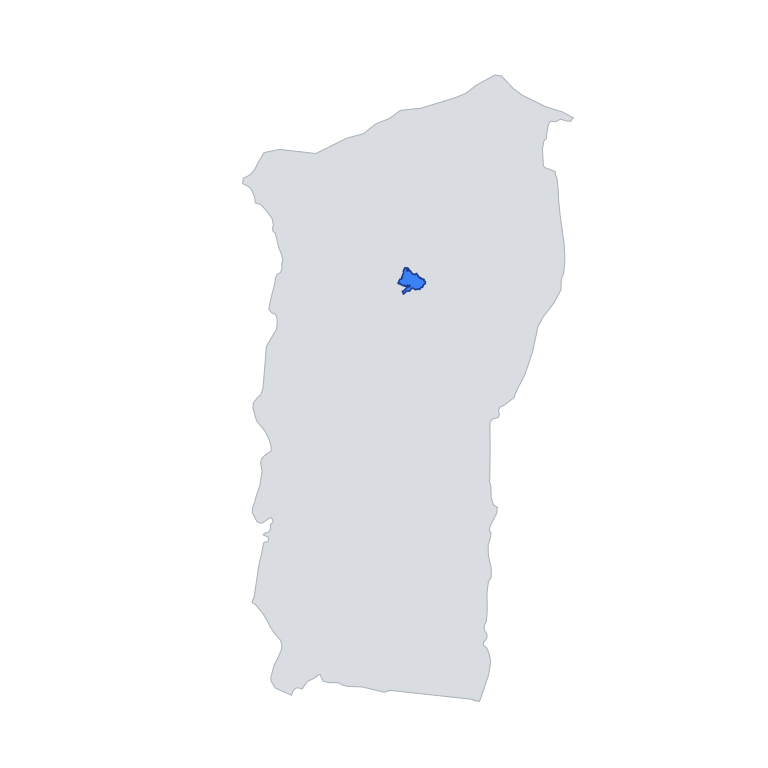 Sekyere Kumawu, Ashanti, Ghana (highlighted), rotated 187°
{"feature_id": "2480657B32008532681061", "entity_name": "Sekyere Kumawu", "entity_type": "district", "adm_level": 2, "iso_a3": "GHA", "parent_name": "Ghana", "parent_adm1": "Ashanti", "projection": "equal_earth", "projection_center": [-1.235, 6.909], "detail": "fine", "context": "in_parent", "style": "filled", "palette": "blue", "viewbox_px": 768, "rotation_deg": 187, "n_neighbors": 0, "source": "geoboundaries", "source_scale": "gbopen_adm2", "svg_char_len": 7089}
<svg xmlns="http://www.w3.org/2000/svg" viewBox="0 0 768 768"><g transform="rotate(187 384 384)"><path d="M454.8,68.9L459.6,74.9L460.6,78.3L458.9,91.2L455.5,100.3L453.3,108.7L453.6,113.0L455.7,117.2L462.9,123.8L466.6,128.1L471.0,134.7L476.0,141.1L484.6,149.4L488.2,150.9L488.1,153.3L486.9,156.5L486.2,187.5L485.5,195.5L484.9,199.6L484.1,211.2L483.2,212.9L481.6,212.7L480.1,213.2L479.7,215.5L480.3,217.9L485.5,219.5L484.4,221.3L480.5,222.9L478.8,226.4L479.6,230.4L477.4,233.6L478.0,235.7L479.4,237.3L481.6,236.7L487.6,231.4L490.2,230.8L493.3,231.9L499.1,240.1L499.4,244.1L497.0,257.8L494.8,268.3L494.4,282.4L496.8,290.4L496.5,294.7L493.8,298.5L487.9,303.9L488.3,307.6L491.1,314.6L496.1,322.3L506.0,331.9L511.2,344.3L511.4,349.4L508.3,354.5L504.8,358.9L503.6,365.2L505.3,407.0L497.5,425.1L497.4,430.3L498.2,436.3L500.3,440.0L504.3,441.0L507.6,444.5L506.4,457.2L504.7,470.2L504.5,476.5L503.5,479.5L500.4,481.9L499.3,486.0L500.1,491.1L499.5,494.8L501.2,499.7L504.7,505.7L510.5,520.7L512.7,521.9L513.7,525.0L513.1,528.1L515.3,534.7L521.7,541.4L528.3,547.2L533.8,548.0L535.0,553.2L538.6,559.8L541.2,562.7L545.3,564.5L548.7,565.6L548.8,571.1L542.8,574.9L538.7,580.7L535.5,589.5L531.2,599.1L516.3,604.1L510.5,604.2L479.8,604.4L451.1,623.4L434.6,630.1L424.4,640.8L410.7,648.4L401.1,657.6L381.3,662.1L348.7,676.6L338.5,682.3L328.2,692.4L311.5,704.2L304.9,704.1L291.7,693.0L281.9,687.5L257.7,679.0L239.7,675.7L231.0,672.1L228.6,671.5L230.7,667.5L235.7,667.3L241.0,668.5L245.0,665.4L250.9,665.0L252.4,661.9L252.9,653.9L252.8,647.5L254.9,644.6L255.4,637.0L252.5,620.2L250.5,618.3L240.0,615.9L239.2,612.5L237.3,609.0L235.3,600.4L233.0,587.5L229.4,571.5L222.3,545.2L220.6,535.9L219.4,526.4L219.2,515.1L220.6,510.9L220.4,505.0L219.8,499.2L224.8,485.8L234.6,469.4L236.6,463.5L238.4,459.4L238.7,453.5L240.4,434.4L245.1,411.3L248.1,402.6L250.1,397.9L252.5,390.2L253.1,386.6L262.1,377.6L266.2,375.1L267.1,371.6L265.7,367.7L266.3,365.1L268.5,363.7L271.8,362.6L274.2,358.9L270.5,330.5L267.4,302.2L267.3,299.8L265.5,295.9L263.7,284.2L260.7,277.3L256.4,275.3L256.5,268.9L260.7,258.0L261.9,251.6L259.8,249.7L259.5,244.8L261.0,236.7L260.3,231.8L259.5,226.5L255.1,214.2L254.0,205.4L256.3,200.3L256.3,189.1L253.9,171.8L253.5,160.8L255.2,156.3L254.4,152.0L251.2,147.9L251.0,143.9L253.7,140.0L253.4,136.9L250.0,134.7L246.9,129.4L244.2,121.0L244.8,107.5L250.0,82.6L250.6,80.6L256.4,80.7L256.4,81.8L274.3,81.5L294.8,81.3L319.3,80.9L341.6,80.6L342.6,79.5L346.3,78.1L368.8,80.7L382.8,79.4L388.8,80.2L393.1,81.9L402.9,80.9L408.1,81.5L412.0,87.7L413.5,87.6L415.7,85.0L419.6,82.0L423.6,79.6L426.4,74.8L428.1,71.1L430.7,71.9L434.3,71.6L436.8,68.6L437.8,63.8L454.8,68.9Z" fill="#d9dde1" stroke="#a8b0b8" stroke-width="1"/><path d="M355.3,490.0L355.6,490.2L355.7,490.4L355.7,490.7L355.8,490.8L356.1,491.2L356.5,491.1L356.8,491.1L357.0,491.2L357.0,491.7L357.2,492.0L357.2,492.4L357.0,492.6L357.2,492.8L357.4,492.9L357.6,492.9L357.9,492.8L358.3,492.9L358.9,492.9L359.0,492.9L359.4,492.9L359.4,493.0L359.8,493.2L359.8,493.3L359.8,493.5L360.1,493.8L360.3,493.9L360.3,493.7L360.5,493.5L360.9,493.3L361.1,493.4L361.3,493.4L361.4,493.5L361.6,493.8L361.8,494.1L362.0,494.4L362.4,494.5L362.7,494.7L362.8,494.8L362.9,495.1L363.2,495.4L363.3,495.8L363.7,496.0L363.7,495.9L363.9,496.2L364.0,496.4L364.3,496.6L364.5,496.8L364.9,497.2L364.9,497.5L365.0,497.6L365.4,497.7L365.5,497.6L365.7,497.4L365.9,496.8L366.1,496.8L366.1,496.7L366.5,496.9L366.8,496.8L367.3,496.4L367.7,496.2L367.9,496.3L368.2,496.3L368.4,496.4L368.6,496.8L369.1,496.8L369.4,496.9L369.4,497.0L369.5,497.1L369.6,497.5L370.2,497.7L370.3,497.8L370.4,498.0L370.5,498.2L370.7,498.5L371.0,498.9L371.4,499.4L371.6,499.6L371.8,499.7L372.0,499.7L372.3,499.4L372.4,499.5L372.7,499.4L372.9,499.4L373.0,499.5L372.9,499.6L372.8,499.8L372.8,500.0L373.1,500.1L373.2,500.3L373.8,500.4L374.0,500.2L374.2,499.8L374.5,499.5L374.4,499.2L374.5,499.1L374.8,499.0L375.0,499.1L375.1,499.3L374.9,499.7L375.1,499.9L375.1,500.1L374.6,500.3L374.3,500.4L374.2,500.6L373.5,500.8L373.4,501.1L373.6,501.5L373.8,501.6L374.0,501.5L374.6,502.0L374.8,502.2L375.1,502.0L375.3,501.9L375.5,501.8L375.7,501.6L375.9,501.8L376.3,502.0L376.7,502.0L376.7,501.8L377.0,501.8L377.3,502.0L377.5,501.8L377.6,501.2L377.6,500.9L377.8,500.8L377.8,500.6L378.0,500.5L378.0,500.3L378.1,500.2L378.3,499.9L378.3,499.7L378.3,499.1L378.3,498.8L378.4,498.6L378.5,498.5L378.6,498.2L378.3,497.9L378.2,497.8L378.2,497.7L378.2,497.2L378.1,496.7L378.3,496.1L378.2,495.8L378.2,495.7L378.5,495.1L378.7,494.9L378.8,494.9L378.9,494.2L378.8,493.9L378.9,493.4L379.3,492.7L379.5,492.4L379.3,492.2L379.2,492.2L379.0,491.8L378.8,491.7L378.9,491.4L379.3,491.0L379.4,490.6L379.4,490.4L379.5,490.3L379.5,490.1L379.8,490.1L380.0,490.2L380.3,490.2L380.5,490.2L381.0,489.9L381.1,489.7L381.2,489.4L381.3,489.1L381.4,488.8L381.4,488.6L381.5,488.4L381.7,488.2L381.7,487.9L381.4,487.7L381.5,487.5L381.7,487.1L381.9,487.0L381.9,486.9L382.1,486.7L382.1,486.4L382.2,486.2L382.3,486.2L382.4,485.7L382.1,485.5L381.8,485.5L381.7,485.4L381.4,485.3L381.0,485.1L380.7,485.1L380.4,485.1L380.1,485.2L380.1,485.3L379.9,485.1L379.7,485.2L379.4,485.1L379.2,485.0L379.2,484.9L379.1,484.7L378.9,484.5L378.8,484.4L378.7,484.4L378.3,484.4L378.2,484.3L377.9,484.3L377.8,484.2L377.7,484.1L377.3,484.0L377.2,484.2L376.9,484.2L376.7,484.1L376.4,484.3L376.4,484.0L376.1,483.9L376.1,484.0L375.8,484.1L375.7,484.1L375.5,483.9L375.5,483.7L375.5,483.8L375.4,483.7L375.2,483.5L374.6,483.6L374.6,483.8L374.4,483.8L374.5,483.9L374.4,483.9L374.2,483.9L373.9,483.8L373.7,483.8L373.6,484.0L373.3,484.2L373.2,484.2L373.0,484.4L373.0,484.5L372.9,484.5L372.7,484.5L372.4,484.5L372.4,484.4L372.4,484.5L372.3,484.4L372.2,484.4L371.9,484.4L371.8,484.5L371.7,484.5L371.3,484.9L370.7,485.2L370.3,485.0L370.2,485.0L370.0,484.9L370.1,484.5L370.2,484.3L370.2,484.1L370.5,484.1L370.8,483.6L371.0,483.5L371.3,483.7L371.4,483.3L371.6,483.3L371.9,483.3L372.2,483.6L372.3,483.6L372.6,482.8L372.7,482.7L372.8,482.7L373.3,482.3L373.6,481.9L373.6,481.5L373.7,481.4L374.6,480.7L374.8,480.4L374.8,480.2L375.1,479.9L375.4,479.5L375.8,479.2L376.8,478.3L377.0,478.2L375.7,475.7L375.5,475.9L375.4,475.9L373.9,477.4L373.7,477.6L373.6,477.8L373.5,478.3L373.4,478.5L373.1,478.9L372.8,479.0L371.9,479.0L371.3,479.1L369.7,479.5L369.7,479.8L369.5,480.2L369.1,480.8L368.6,481.6L368.5,481.8L368.2,481.9L368.1,482.0L368.0,482.3L367.9,482.4L367.5,482.7L367.1,483.2L367.1,483.3L367.0,483.1L366.8,482.9L366.4,482.4L366.0,482.3L365.8,482.1L365.6,482.1L365.3,481.9L365.1,481.9L364.8,481.6L364.7,481.5L364.1,481.4L363.8,481.4L363.7,481.6L363.6,481.8L363.2,481.9L362.9,482.0L362.7,482.0L362.4,482.1L362.1,482.4L361.9,482.3L361.6,482.3L361.2,482.6L360.9,482.5L360.7,482.5L360.5,482.4L360.3,482.4L360.0,482.2L359.8,482.5L359.7,482.6L359.6,483.2L359.3,483.8L359.1,484.2L359.1,484.3L358.8,484.5L358.2,484.4L357.7,484.5L357.4,485.1L357.4,485.4L357.3,485.6L357.2,485.6L357.1,485.8L357.0,486.0L357.0,486.5L356.9,486.7L356.9,487.2L356.7,487.5L356.5,487.8L356.4,487.8L356.2,487.8L356.0,488.0L355.7,488.1L355.4,488.4L355.2,488.8L355.1,489.0L355.3,489.6L355.3,489.8L355.3,490.0Z" fill="#3b82f6" stroke="#1e3a8a" stroke-width="1.5"/></g></svg>